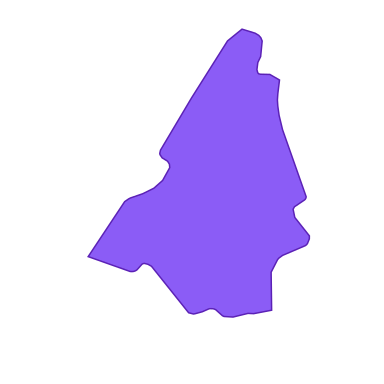 Brent, orthographic projection, rotated 251°
{"feature_id": "GBR-2062", "entity_name": "Brent", "entity_type": "London Borough", "adm_level": 1, "iso_a3": "GBR", "parent_name": "United Kingdom", "parent_adm1": "", "projection": "orthographic", "projection_center": [-0.26, 51.562], "detail": "fine", "context": "isolated", "style": "filled", "palette": "violet", "viewbox_px": 384, "rotation_deg": 251, "n_neighbors": 0, "source": "natural_earth", "source_scale": "10m", "svg_char_len": 1066}
<svg xmlns="http://www.w3.org/2000/svg" viewBox="0 0 384 384"><g transform="rotate(251 192 192)"><path d="M329.7,292.3L321.6,303.4L318.4,306.1L315.5,307.3L311.9,307.5L297.7,301.0L293.0,296.4L286.5,293.2L283.3,293.0L282.0,293.6L281.1,295.0L277.8,303.9L269.4,311.2L257.1,305.2L251.2,302.7L245.3,301.1L236.1,299.3L221.4,297.9L150.4,298.4L149.4,297.9L148.3,296.8L147.8,295.7L144.7,284.1L142.8,282.0L134.5,280.9L112.3,288.7L109.5,287.7L105.7,284.4L104.9,283.2L104.4,281.8L102.6,257.1L101.2,252.6L100.2,250.9L90.4,240.7L54.3,228.8L56.9,210.7L59.0,205.4L60.4,190.1L63.9,181.7L65.1,180.5L73.0,176.1L74.1,174.9L74.8,173.8L75.9,170.9L76.0,169.7L75.4,162.8L75.9,155.3L76.2,153.6L78.9,149.5L135.0,129.5L138.0,126.8L140.0,123.7L140.2,122.4L140.0,121.2L136.3,114.6L135.9,112.9L135.9,111.0L136.3,109.3L137.0,107.6L164.7,72.8L204.8,125.2L206.1,129.8L206.4,131.8L206.4,144.8L208.0,157.2L212.5,168.0L222.3,178.9L225.7,179.7L229.1,178.9L234.0,174.9L237.7,173.9L239.0,174.1L241.8,175.8L281.2,222.3L323.3,274.8L329.7,292.3Z" fill="#8b5cf6" stroke="#5b21b6" stroke-width="1.5"/></g></svg>